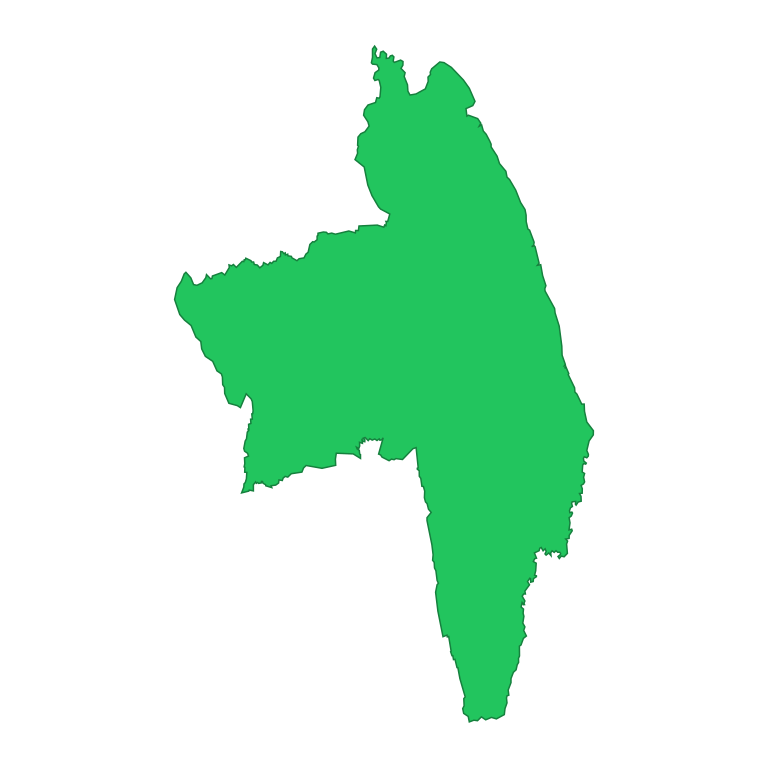 the district of Mueang Nakhon Si Thammarat, Nakhon Si Thammarat, Thailand
{"feature_id": "78962969B67558639110399", "entity_name": "Mueang Nakhon Si Thammarat", "entity_type": "district", "adm_level": 2, "iso_a3": "THA", "parent_name": "Thailand", "parent_adm1": "Nakhon Si Thammarat", "projection": "equal_earth", "projection_center": [99.961, 8.425], "detail": "fine", "context": "isolated", "style": "filled", "palette": "green", "viewbox_px": 768, "rotation_deg": 0, "n_neighbors": 0, "source": "geoboundaries", "source_scale": "gbopen_adm2", "svg_char_len": 6080}
<svg xmlns="http://www.w3.org/2000/svg" viewBox="0 0 768 768"><path d="M485.7,719.8L491.4,717.4L496.4,718.9L504.3,714.6L505.0,708.6L507.0,702.9L506.5,698.0L507.0,695.8L508.8,695.2L508.2,690.0L511.0,682.6L511.0,678.6L513.4,672.3L516.1,669.8L517.2,664.8L518.6,662.4L518.5,658.4L519.5,656.0L519.4,646.1L521.0,645.0L523.4,638.4L526.4,636.0L523.7,630.5L524.9,626.9L522.8,623.1L523.9,616.3L523.1,613.2L523.5,609.1L521.1,607.0L522.1,602.5L523.4,604.7L524.5,604.6L524.0,603.2L524.9,601.0L522.2,596.2L523.6,594.0L525.4,594.0L524.9,591.1L529.5,584.8L527.5,581.6L529.8,578.2L530.5,578.6L530.7,582.2L533.2,581.5L533.5,578.6L536.4,576.7L536.4,575.8L534.6,575.2L535.7,570.8L536.2,563.2L533.3,561.5L534.7,558.7L536.5,558.2L534.4,552.9L539.1,550.7L539.8,548.2L541.2,547.5L543.1,550.8L545.1,548.8L546.2,551.3L545.0,553.9L546.1,555.1L548.8,553.0L551.0,555.6L550.7,552.8L552.1,550.8L554.2,552.4L556.0,550.7L557.7,552.3L559.8,552.2L560.6,553.4L560.3,554.6L558.0,556.5L559.3,558.5L561.3,556.1L564.1,556.8L567.4,553.4L566.6,544.0L567.6,541.1L565.7,539.0L569.1,538.4L569.2,535.3L572.2,530.8L571.7,529.2L569.0,529.9L570.0,522.9L569.1,517.7L571.3,516.0L572.5,513.1L571.9,512.1L569.8,512.6L569.5,510.6L570.5,507.8L572.4,506.5L571.6,503.4L572.2,501.8L575.7,501.4L575.4,504.2L576.1,505.1L578.2,502.0L581.2,501.2L581.0,496.3L579.5,493.5L582.2,493.2L582.3,488.7L581.1,485.4L583.5,483.9L584.6,481.9L583.6,477.2L584.6,473.5L582.2,472.0L582.7,465.1L583.6,463.6L585.7,464.1L586.3,463.1L583.9,461.1L583.4,458.4L584.3,456.8L586.8,457.8L588.3,456.1L588.4,454.3L586.8,450.5L589.1,440.9L593.3,434.9L593.4,430.7L586.8,422.0L584.5,411.3L584.2,404.1L581.7,404.1L576.9,394.1L574.9,392.0L574.6,387.8L568.2,374.6L568.8,373.7L566.1,367.3L564.7,368.4L565.7,366.4L565.4,365.3L564.5,365.6L565.3,364.4L562.1,355.2L561.8,346.1L559.2,326.1L555.1,313.0L554.6,308.5L545.1,291.1L544.8,288.8L545.9,285.7L542.6,275.5L540.7,264.7L537.4,265.3L539.1,263.2L535.1,246.7L534.3,245.8L531.6,246.7L533.7,245.3L534.1,242.2L529.6,230.2L527.9,229.0L526.2,221.6L526.1,215.1L525.0,209.5L520.6,202.5L515.7,190.1L509.5,179.5L507.0,177.1L505.9,171.3L499.5,163.6L497.1,156.2L491.1,146.9L491.1,144.2L489.8,141.2L486.2,134.3L483.3,131.0L481.6,124.9L479.2,126.2L480.8,123.2L477.7,118.6L468.4,115.2L466.9,116.1L466.0,108.6L472.8,105.6L475.0,101.4L469.3,88.3L463.4,80.0L451.4,67.4L444.0,62.6L439.8,62.0L431.7,68.8L430.2,72.2L430.5,74.5L428.0,77.1L428.2,81.4L425.3,88.9L415.9,94.0L410.0,95.0L407.9,91.2L407.5,84.8L404.2,76.5L405.1,72.7L401.0,68.4L402.9,65.2L403.0,61.5L400.6,60.1L394.3,62.4L393.2,61.1L393.9,56.9L392.3,55.3L390.4,55.9L388.9,58.1L386.3,58.4L386.5,54.2L383.2,51.2L380.6,52.2L379.8,57.5L377.0,57.9L375.0,53.6L376.7,49.2L374.6,46.1L372.5,49.0L372.5,57.3L371.4,62.8L372.5,64.1L376.9,64.6L378.9,68.0L378.7,70.1L375.1,72.6L373.5,78.1L374.9,80.5L378.1,79.5L379.2,80.4L380.8,87.4L380.0,96.8L379.1,98.2L376.8,97.7L375.5,102.5L368.0,105.0L364.5,109.7L363.6,115.2L367.9,121.8L369.1,126.1L364.9,131.8L360.8,133.7L358.0,137.1L357.6,145.3L358.5,146.2L357.3,149.8L357.6,153.3L355.0,159.6L364.2,167.0L367.8,185.0L372.0,195.7L378.5,206.8L380.6,209.1L389.8,214.0L387.7,221.4L385.9,221.4L386.4,222.5L385.8,225.7L384.7,225.0L383.8,227.2L377.3,225.1L359.0,226.0L358.4,230.5L355.6,230.5L355.4,232.9L348.8,231.0L335.4,234.2L331.7,233.1L327.9,233.9L326.4,232.3L323.4,232.0L318.0,233.2L317.9,235.4L317.1,236.1L317.1,239.7L314.2,242.0L312.7,241.7L309.9,244.4L308.1,252.3L305.9,254.1L304.0,257.9L299.1,258.7L297.0,260.7L291.9,257.8L291.4,256.4L287.9,255.8L287.7,254.2L285.4,254.9L285.2,252.9L283.8,253.6L282.4,251.8L280.7,251.5L280.4,256.5L277.4,257.9L276.1,261.2L273.6,261.3L271.7,263.4L270.1,262.4L268.0,264.9L263.6,262.6L262.9,265.3L259.8,267.8L257.3,265.0L254.3,264.5L253.6,262.0L251.6,262.0L251.0,260.7L245.8,258.2L245.3,259.7L244.2,259.8L243.8,261.6L242.3,261.3L236.3,267.4L233.4,264.5L231.6,265.8L229.0,264.9L229.3,267.5L224.8,275.0L221.7,272.6L212.4,276.0L211.9,278.6L210.6,278.8L206.5,274.6L205.8,277.7L202.2,282.8L197.0,285.3L193.6,284.6L190.8,277.8L185.9,272.3L184.2,273.9L181.3,281.3L177.1,287.7L174.6,299.5L179.8,314.6L184.5,320.1L191.1,325.5L195.9,337.1L200.8,341.5L201.7,348.9L205.4,356.4L212.7,361.3L217.0,370.9L221.3,373.8L222.4,376.9L222.7,384.7L224.5,387.3L224.7,393.5L228.9,403.3L237.3,405.6L240.4,407.6L246.2,393.8L251.1,398.8L252.3,401.6L253.1,410.8L252.7,413.7L251.8,413.9L252.3,419.1L250.6,419.2L250.9,423.5L248.6,424.3L248.8,429.7L248.1,429.4L248.4,430.9L247.3,432.1L246.5,438.8L245.2,441.0L243.8,448.5L244.6,451.2L247.6,453.3L248.5,456.1L244.5,457.8L244.8,463.7L244.1,466.9L244.9,467.3L244.7,472.2L246.8,472.4L246.4,478.8L245.3,482.5L244.0,483.9L243.8,487.1L241.6,492.9L248.8,491.1L249.2,490.1L253.4,490.9L253.4,484.7L255.6,481.9L256.3,483.3L257.6,482.5L258.7,483.4L261.3,482.9L261.5,481.4L262.5,481.5L263.0,483.2L265.6,484.7L265.8,485.8L271.8,487.6L271.1,485.7L275.7,485.1L278.6,483.0L279.0,479.9L282.3,480.5L283.1,478.2L285.1,476.4L287.8,477.1L291.3,473.7L301.9,472.1L303.6,467.9L306.1,465.5L322.0,468.3L335.7,465.3L335.4,459.1L336.3,453.2L353.2,453.9L360.5,458.4L360.5,454.6L359.7,454.1L359.3,450.4L357.2,449.0L356.5,447.2L358.8,448.5L359.7,446.0L359.5,442.3L362.4,443.3L361.9,438.7L362.6,441.4L364.8,441.7L364.8,439.6L363.3,438.2L365.1,437.5L368.2,440.6L369.8,438.7L372.2,440.1L374.8,439.0L377.0,440.5L379.2,438.9L379.9,440.2L381.8,439.8L383.2,437.8L378.6,454.1L380.6,454.9L382.0,457.1L389.1,460.7L391.5,459.1L394.1,459.7L395.9,458.6L402.5,459.5L412.9,448.7L416.1,447.6L418.2,467.8L417.3,468.2L417.3,469.2L419.2,470.7L419.3,476.3L420.8,478.4L421.9,486.3L423.4,486.5L424.7,491.1L424.4,497.7L425.5,501.9L427.1,503.6L428.5,509.2L431.2,512.4L427.0,517.7L427.0,520.6L431.9,544.7L433.1,554.8L432.6,560.3L434.2,562.3L434.5,567.9L435.9,570.7L437.1,580.4L438.4,583.3L437.1,584.7L435.6,592.2L437.9,611.2L443.0,636.7L447.0,635.1L447.3,636.9L448.7,636.5L451.1,651.0L450.6,651.6L452.0,655.7L452.8,655.7L453.5,659.6L455.0,659.3L457.0,667.6L457.9,667.8L459.9,678.6L465.2,696.9L463.8,698.6L464.1,705.8L462.7,708.6L463.7,713.4L468.2,716.4L469.3,721.9L473.9,720.2L477.5,720.7L481.4,716.9L485.7,719.8Z" fill="#22c55e" stroke="#15803d" stroke-width="1.5"/></svg>